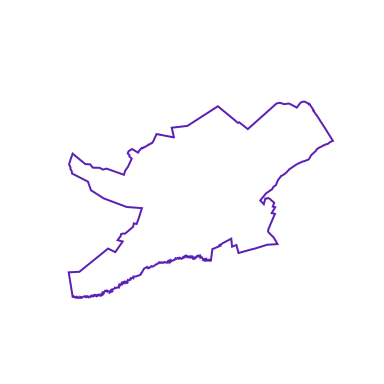 outline of Targu Neamt, Neamt, Romania, rotated 338°
{"feature_id": "2599482B68793228352723", "entity_name": "Targu Neamt", "entity_type": "district", "adm_level": 2, "iso_a3": "ROU", "parent_name": "Romania", "parent_adm1": "Neamt", "projection": "natural_earth1", "projection_center": [26.356, 47.204], "detail": "fine", "context": "isolated", "style": "outline", "palette": "violet", "viewbox_px": 384, "rotation_deg": 338, "n_neighbors": 0, "source": "geoboundaries", "source_scale": "gbopen_adm2", "svg_char_len": 5859}
<svg xmlns="http://www.w3.org/2000/svg" viewBox="0 0 384 384"><g transform="rotate(338 192 192)"><path d="M251.7,272.3L250.9,265.7L250.3,263.7L249.4,261.8L247.8,257.9L247.7,257.1L249.0,254.9L249.4,254.6L260.7,243.3L258.0,241.4L263.4,237.3L261.4,235.8L264.2,232.8L261.5,227.5L260.5,226.2L258.9,225.9L257.9,226.1L257.5,225.6L254.0,230.2L252.1,225.4L260.1,221.0L267.3,219.4L269.2,217.9L272.6,216.9L275.0,214.3L276.6,212.9L279.8,211.1L280.3,210.6L282.3,210.5L282.9,210.2L284.7,210.0L287.2,209.1L288.3,208.5L290.3,207.7L290.6,207.4L298.7,205.7L302.6,205.3L304.5,205.3L306.2,205.2L307.4,205.5L312.4,205.5L313.3,204.9L316.3,202.5L321.9,200.4L324.0,199.0L326.4,198.5L329.5,198.4L331.3,197.9L332.5,198.3L333.9,197.9L335.6,198.3L337.4,197.9L338.7,197.4L341.8,197.4L338.9,180.8L336.4,168.0L334.9,162.1L335.4,162.0L333.9,154.3L333.1,154.4L333.0,153.5L330.9,151.1L329.8,150.1L328.1,149.8L326.2,149.8L320.8,153.0L316.1,147.4L314.8,146.2L310.1,145.0L308.3,143.3L306.8,142.2L303.5,141.6L267.3,154.6L261.9,145.1L260.3,145.0L258.5,141.3L248.1,122.2L212.5,129.0L197.3,124.8L195.7,134.5L195.4,134.4L180.8,125.0L175.2,130.4L173.3,131.6L172.4,131.5L171.9,131.8L169.5,131.8L169.5,132.0L164.5,132.7L164.1,132.5L163.5,132.8L162.5,132.9L162.3,132.4L161.9,132.3L158.5,133.9L156.8,135.3L152.5,129.7L148.4,130.5L146.8,132.2L147.8,134.4L147.3,135.7L148.6,138.5L142.0,144.7L138.3,147.0L135.3,150.5L121.5,138.3L117.9,137.9L115.4,135.0L109.2,132.3L108.4,129.9L108.0,128.3L103.5,126.1L95.7,111.7L91.2,116.8L88.3,120.5L88.6,123.5L87.9,125.2L88.3,127.4L87.7,129.9L99.4,143.4L99.0,152.6L107.7,164.8L125.8,181.4L139.5,188.2L133.3,195.8L128.7,200.9L126.4,199.3L124.3,202.2L114.5,205.5L112.0,204.6L110.6,204.4L109.3,206.2L107.1,207.4L105.0,208.8L109.2,211.9L98.3,219.0L93.0,213.0L57.7,223.8L47.6,220.3L42.2,243.9L43.1,244.1L43.1,244.4L42.4,244.7L42.7,245.0L43.1,245.3L43.6,245.0L44.4,246.2L44.8,246.4L44.7,246.0L44.9,245.9L45.4,246.2L45.9,245.9L46.0,246.0L45.9,246.5L47.6,247.4L47.7,247.6L47.5,247.8L47.8,247.9L48.7,247.9L49.4,248.7L49.7,248.7L49.9,248.3L49.8,247.9L50.8,248.6L51.3,248.7L52.1,248.3L52.7,248.6L54.0,248.6L54.1,249.1L54.2,249.8L54.3,249.9L54.9,249.6L55.1,249.8L55.5,249.7L55.9,249.4L56.3,250.0L56.2,250.4L56.4,250.8L57.2,250.4L57.5,250.4L58.5,251.3L58.8,251.1L58.8,250.8L59.2,250.7L59.6,250.4L60.2,250.4L60.4,250.5L60.4,250.8L60.7,251.0L60.7,251.3L60.5,251.5L61.1,251.7L61.4,251.7L62.1,250.9L62.6,251.3L62.9,251.3L63.0,250.9L63.4,250.9L63.8,251.2L63.4,252.0L63.9,252.2L64.4,252.9L64.6,252.8L64.7,252.3L65.1,252.1L65.6,252.8L66.2,252.1L66.5,252.1L66.5,252.7L66.8,252.8L67.2,252.6L66.9,252.3L67.6,252.4L67.9,252.7L67.3,253.0L68.3,253.9L68.9,254.1L69.2,254.0L69.0,253.5L69.6,252.9L70.5,253.8L70.8,253.7L70.8,253.3L71.2,253.4L72.1,253.1L72.1,252.8L71.6,252.7L71.2,252.2L71.3,251.5L71.7,251.5L72.7,252.1L73.7,251.7L74.2,251.2L74.6,251.0L75.1,251.5L75.7,251.3L76.4,251.8L76.3,252.1L76.0,252.5L76.1,252.8L77.7,252.8L78.8,253.3L79.1,253.6L78.9,254.0L78.5,254.4L78.4,254.5L78.7,254.5L79.3,254.0L80.4,254.4L80.8,254.3L80.4,253.5L80.4,253.2L80.8,253.4L81.4,253.2L81.5,252.8L80.6,252.5L80.8,252.3L82.3,252.6L83.3,252.5L84.3,252.2L84.7,251.8L85.5,252.6L87.7,252.6L88.1,253.0L88.5,253.2L88.7,252.1L88.8,251.9L90.0,252.0L90.2,251.8L90.2,251.5L89.8,251.5L89.6,251.2L90.0,250.4L90.3,250.5L90.7,251.3L91.1,251.1L92.0,251.2L92.2,251.6L92.4,251.6L92.6,251.1L92.2,250.6L92.3,250.4L92.9,250.1L93.3,250.6L94.0,250.9L93.5,249.7L94.1,249.7L94.8,250.2L95.7,250.4L95.8,250.4L95.8,249.8L96.2,249.9L96.6,250.2L96.4,251.2L97.2,251.9L98.0,252.0L98.4,251.8L98.4,251.3L98.0,250.7L98.7,250.3L99.6,249.5L100.2,250.2L102.0,250.3L102.4,250.2L102.5,249.8L102.3,249.3L102.7,249.0L103.2,249.0L104.2,249.3L104.6,249.2L105.3,250.0L106.0,248.5L106.5,248.6L107.9,249.2L109.4,249.4L113.5,249.4L114.2,248.3L114.8,248.3L118.8,245.1L120.9,244.8L121.7,245.1L122.2,244.6L122.5,244.7L122.8,245.4L122.7,246.2L122.8,246.4L124.3,246.4L126.2,245.6L126.6,245.6L126.8,246.2L127.0,246.3L127.3,246.1L128.2,246.4L130.5,246.0L131.4,245.6L132.7,245.8L133.4,245.4L134.4,245.6L134.8,245.0L135.2,244.8L136.6,246.1L137.2,245.8L137.3,246.0L138.2,246.3L138.1,246.5L139.1,247.0L140.0,246.6L140.4,246.7L141.0,247.4L141.7,247.4L141.9,247.5L141.8,247.8L142.4,248.1L142.6,247.9L142.8,247.9L143.2,248.5L143.4,248.5L143.8,247.6L144.4,247.6L144.2,247.3L144.2,247.0L145.1,247.0L144.8,247.6L145.1,247.6L145.4,247.9L145.3,248.8L146.0,248.3L146.2,248.6L146.7,248.5L147.1,247.6L147.5,248.3L148.9,248.4L149.7,248.2L150.4,248.4L151.9,247.3L152.5,248.2L153.3,248.0L153.6,247.8L154.5,247.9L154.8,249.0L155.7,249.0L156.2,248.5L156.5,248.9L156.3,249.1L157.3,250.0L157.6,249.8L158.1,249.9L158.9,249.9L159.1,249.1L159.3,249.1L159.8,249.9L160.5,249.8L160.9,249.7L161.1,249.4L161.0,248.9L161.4,248.9L161.6,248.7L162.9,248.7L163.2,249.2L163.0,249.4L163.2,249.7L163.8,250.1L162.9,250.4L163.1,250.7L164.5,251.3L165.0,251.0L165.0,251.5L165.3,251.8L165.6,251.8L166.0,252.2L166.6,251.8L166.8,251.2L167.0,251.2L167.2,251.3L167.0,251.7L167.1,251.8L168.0,251.6L168.1,251.8L168.4,252.3L168.0,252.9L168.5,253.1L168.6,253.3L168.3,253.4L168.5,253.8L167.9,254.0L168.1,254.5L168.6,254.3L169.3,254.8L169.9,254.8L170.4,254.5L170.1,254.3L170.2,253.9L171.0,254.3L171.7,253.4L172.0,253.4L172.2,253.7L173.2,254.2L173.5,254.0L173.4,253.3L173.6,253.2L173.9,253.6L174.4,253.7L174.1,254.0L174.5,254.4L175.0,253.8L175.3,254.1L175.8,254.1L175.6,254.7L175.6,255.5L175.4,255.9L175.9,255.8L176.6,256.1L176.7,256.5L176.5,256.8L177.1,257.8L177.0,258.4L178.6,258.8L178.1,259.0L178.9,259.2L178.2,259.6L178.0,260.2L177.8,260.2L178.2,260.6L178.5,260.2L180.0,260.6L180.3,260.3L180.6,260.4L180.9,261.0L180.6,261.4L181.2,261.6L181.9,261.1L182.6,261.2L182.7,261.5L182.4,261.8L182.7,262.1L182.8,262.5L183.8,262.7L189.5,252.6L198.1,252.5L197.6,251.6L201.8,250.9L210.9,250.0L208.7,257.7L213.3,257.8L212.3,266.0L224.9,267.4L229.0,268.0L242.0,269.1L251.7,272.3Z" fill="none" stroke="#5b21b6" stroke-width="2"/></g></svg>